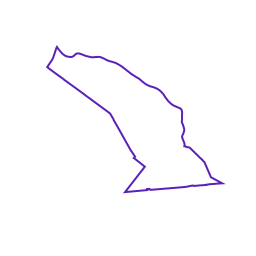 Ozolnieku pag., Ozolnieku, Latvia (Robinson projection), rotated 42°
{"feature_id": "27541924B82010930676702", "entity_name": "Ozolnieku pag.", "entity_type": "district", "adm_level": 2, "iso_a3": "LVA", "parent_name": "Latvia", "parent_adm1": "Ozolnieku", "projection": "robinson", "projection_center": [23.771, 56.688], "detail": "fine", "context": "isolated", "style": "outline", "palette": "violet", "viewbox_px": 256, "rotation_deg": 42, "n_neighbors": 0, "source": "geoboundaries", "source_scale": "gbopen_adm2", "svg_char_len": 2848}
<svg xmlns="http://www.w3.org/2000/svg" viewBox="0 0 256 256"><g transform="rotate(42 128 128)"><path d="M21.0,115.3L21.1,115.8L21.1,116.1L25.4,125.9L25.6,126.8L25.9,127.9L26.1,128.9L26.1,129.1L26.7,133.2L26.7,133.3L27.2,136.8L31.4,136.5L31.5,136.4L32.1,136.4L37.6,135.9L42.4,135.4L42.7,135.3L42.8,135.3L47.4,134.8L47.9,134.9L68.7,132.7L73.1,132.3L73.5,132.3L89.4,130.7L104.7,129.2L105.8,129.5L106.8,129.8L107.9,130.1L109.0,130.5L110.2,130.8L111.4,131.2L111.8,131.6L122.8,135.2L145.4,142.9L145.8,142.9L147.8,143.4L148.3,143.5L149.9,143.9L150.3,144.0L152.1,144.5L152.5,144.6L152.4,146.4L154.9,146.2L166.4,145.5L168.7,177.6L183.7,161.4L183.3,161.2L182.9,160.7L184.6,159.0L185.0,159.3L186.0,158.7L186.2,158.8L204.1,139.8L210.6,132.8L212.8,129.8L213.6,128.7L214.3,127.7L215.0,127.3L215.6,126.8L215.8,126.9L216.1,126.6L217.2,125.4L218.0,124.6L218.7,123.8L219.2,123.2L224.0,118.3L223.8,118.2L224.8,117.0L225.7,115.9L226.1,115.4L226.3,115.2L227.4,114.0L228.7,112.7L229.5,111.8L230.0,111.3L230.5,110.8L230.9,110.3L231.4,109.8L231.9,109.3L232.4,108.8L232.9,108.2L233.3,107.8L234.5,106.6L234.9,106.2L235.0,106.1L227.6,107.9L224.1,108.7L222.6,109.1L207.6,102.2L205.9,102.2L204.0,101.9L203.3,101.8L202.8,102.0L199.8,101.9L198.7,101.8L197.7,101.7L196.8,101.7L195.6,101.7L195.1,101.7L193.8,101.6L192.3,101.5L190.7,101.5L187.1,101.3L186.4,101.6L185.4,102.2L184.4,102.7L184.2,102.8L182.7,103.5L182.1,103.9L181.6,102.9L180.2,101.7L178.8,100.9L176.8,100.0L175.5,99.3L174.1,98.5L173.4,97.1L172.8,95.1L172.3,93.9L171.3,92.0L170.3,91.1L169.0,90.2L166.7,88.9L165.7,88.4L164.6,87.9L163.9,87.5L163.3,86.6L162.8,85.9L162.4,85.4L161.7,84.8L161.1,84.1L160.5,83.3L159.8,82.6L159.1,81.8L158.7,81.3L158.1,80.5L156.6,79.2L155.4,78.6L154.0,78.4L153.0,78.7L152.9,78.8L151.2,79.3L149.7,79.8L148.1,80.4L146.7,80.8L145.5,81.0L144.2,81.2L143.2,81.2L141.5,81.1L139.9,81.1L136.9,80.5L135.2,80.2L134.0,79.9L132.5,79.4L131.1,79.1L129.6,79.0L128.0,78.9L126.0,78.9L124.7,79.1L122.4,79.6L121.4,80.0L120.8,80.2L120.6,80.3L120.2,80.4L119.3,80.8L117.3,81.8L116.3,82.3L115.0,82.7L113.7,83.1L111.9,83.5L110.8,83.7L109.7,83.7L108.2,83.8L107.0,83.9L105.9,83.9L104.0,83.9L103.1,84.0L101.7,84.3L99.3,84.8L97.3,85.1L95.8,85.4L94.2,85.6L92.9,85.7L91.0,85.8L88.7,86.0L86.6,86.1L81.9,86.5L78.0,87.2L76.6,87.6L75.3,87.9L74.2,88.4L72.0,89.4L69.5,90.7L68.8,91.0L68.0,91.3L66.9,91.7L65.9,92.0L64.7,92.2L64.1,92.4L63.2,92.7L62.3,92.9L61.5,93.2L60.8,93.5L59.7,94.0L58.8,94.6L58.1,95.3L57.5,95.9L56.4,97.0L55.9,97.5L55.7,97.7L55.2,98.4L53.7,99.7L53.5,99.9L50.4,101.6L48.8,102.5L47.9,102.9L46.5,103.4L44.9,104.0L42.7,104.9L41.7,105.4L40.7,106.3L40.0,107.1L39.8,107.7L39.6,108.3L39.6,110.1L39.1,112.0L38.8,112.5L38.0,113.5L37.0,114.2L36.1,114.9L35.2,115.4L34.2,115.9L33.2,116.3L31.0,116.6L29.8,116.7L27.7,116.5L26.7,116.4L24.5,116.1L21.9,115.6L21.0,115.3Z" fill="none" stroke="#5b21b6" stroke-width="2"/></g></svg>